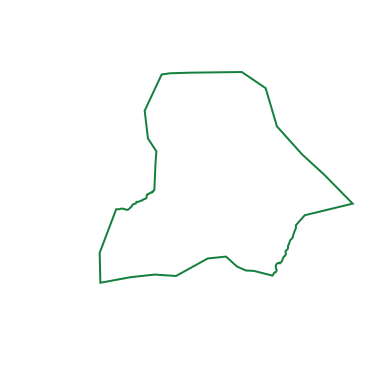 To'grog, Govi-Altay, Mongolia (orthographic projection), rotated 56°
{"feature_id": "93677404B72988397034040", "entity_name": "To'grog", "entity_type": "district", "adm_level": 2, "iso_a3": "MNG", "parent_name": "Mongolia", "parent_adm1": "Govi-Altay", "projection": "orthographic", "projection_center": [94.989, 45.729], "detail": "fine", "context": "isolated", "style": "outline", "palette": "green", "viewbox_px": 384, "rotation_deg": 56, "n_neighbors": 0, "source": "geoboundaries", "source_scale": "gbopen_adm2", "svg_char_len": 1784}
<svg xmlns="http://www.w3.org/2000/svg" viewBox="0 0 384 384"><g transform="rotate(56 192 192)"><path d="M216.0,318.7L228.2,290.7L239.6,269.1L252.7,252.2L255.9,216.1L264.6,199.9L278.9,196.4L287.2,191.2L292.0,184.8L306.3,172.1L305.8,171.1L305.7,170.4L305.3,169.8L305.0,169.1L304.9,168.4L305.2,167.8L305.2,167.1L304.6,166.0L303.6,165.3L301.9,165.0L300.8,164.4L300.3,163.7L299.8,163.5L299.3,162.9L299.0,162.0L298.9,161.0L299.3,160.2L299.3,159.6L299.4,159.2L300.0,159.2L300.3,159.0L300.1,158.3L300.0,157.4L299.8,156.5L297.8,153.5L296.9,152.0L296.9,151.5L297.0,151.0L296.6,150.0L295.9,148.8L294.5,148.2L293.4,147.6L293.2,147.0L293.2,146.0L293.0,145.4L292.8,144.6L292.0,143.7L290.9,142.9L290.2,142.3L289.0,140.1L288.1,139.3L287.3,138.1L286.7,136.8L286.4,134.7L285.3,133.3L282.1,129.2L280.7,127.0L279.3,125.4L277.7,124.6L274.3,111.5L291.5,65.3L251.7,72.7L222.4,79.7L185.1,84.9L165.2,78.6L147.1,72.9L120.4,83.6L92.3,126.4L81.0,144.3L79.0,148.6L77.6,151.4L77.6,151.5L98.2,185.8L123.0,198.6L138.4,198.8L147.9,206.3L168.9,221.8L169.6,222.9L169.4,223.6L170.0,224.4L170.1,224.9L169.6,225.1L169.7,225.6L169.9,226.0L169.4,226.7L169.3,227.1L169.5,227.8L169.5,228.2L169.2,228.9L169.4,229.4L169.2,229.9L169.3,230.3L169.0,230.8L169.6,231.5L170.9,232.6L171.3,233.0L171.6,233.8L171.5,234.4L171.1,235.4L171.2,236.2L170.9,237.4L171.2,238.2L170.7,239.0L170.5,240.2L170.4,241.0L170.1,241.6L169.9,242.6L169.2,243.4L169.3,244.0L169.8,244.5L170.1,245.1L169.8,245.8L169.5,246.3L169.6,246.9L169.4,247.7L169.3,248.4L169.6,249.1L170.0,249.6L170.2,250.0L170.3,250.9L170.8,253.3L170.8,254.7L170.5,255.8L169.4,256.8L168.1,257.8L167.0,258.9L166.3,259.9L165.9,260.7L165.8,261.4L165.5,262.2L165.0,262.9L163.9,264.5L190.9,302.7L191.0,302.7L216.0,318.7L216.0,318.7Z" fill="none" stroke="#15803d" stroke-width="2"/></g></svg>